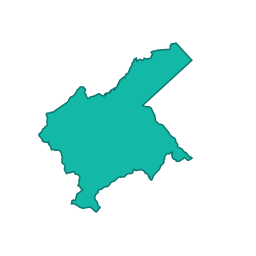 the border of North-Western, rotated 138°
{"feature_id": "ZMB-521", "entity_name": "North-Western", "entity_type": "Province", "adm_level": 1, "iso_a3": "ZMB", "parent_name": "Zambia", "parent_adm1": "", "projection": "albers", "projection_center": [25.141, -12.794], "detail": "fine", "context": "isolated", "style": "filled", "palette": "teal", "viewbox_px": 256, "rotation_deg": 138, "n_neighbors": 0, "source": "natural_earth", "source_scale": "10m", "svg_char_len": 5878}
<svg xmlns="http://www.w3.org/2000/svg" viewBox="0 0 256 256"><g transform="rotate(138 128 128)"><path d="M35.5,159.1L35.2,135.6L102.0,135.0L101.6,133.8L101.0,132.7L100.3,131.7L98.4,129.9L97.8,128.9L97.5,127.9L97.7,126.5L98.3,125.0L99.5,120.1L99.9,119.1L102.5,115.3L102.8,114.7L102.9,114.1L102.5,112.6L102.4,110.5L102.0,109.6L101.2,108.8L100.5,107.7L100.3,106.2L100.7,97.1L101.4,95.4L101.4,95.1L101.3,94.2L101.1,91.7L100.2,89.6L100.2,88.7L100.4,88.0L101.0,86.7L101.9,85.3L102.0,84.9L101.9,83.5L102.0,82.7L102.4,82.2L103.4,81.4L103.7,80.9L103.7,80.5L102.2,77.2L102.0,76.4L102.2,71.5L101.5,71.4L101.3,71.0L101.5,69.6L101.4,67.8L101.8,66.5L101.6,66.0L101.0,65.0L100.8,64.4L100.5,62.8L101.7,62.8L103.2,63.1L104.7,63.6L105.4,64.3L105.2,65.6L105.6,67.0L105.6,68.1L105.8,68.5L107.1,68.2L107.7,68.2L109.6,68.7L111.4,68.8L112.2,69.1L113.1,69.7L114.0,70.5L114.4,71.1L114.3,71.5L113.7,72.2L113.7,72.6L113.9,73.0L114.7,73.8L114.9,74.4L114.9,75.1L114.7,76.5L113.4,78.8L113.0,79.2L111.6,79.6L111.2,80.0L111.5,80.6L112.0,80.9L114.0,81.0L114.8,81.4L115.9,82.5L116.6,82.8L117.3,82.8L118.0,82.7L119.4,82.2L120.5,82.1L120.7,81.8L120.9,81.1L121.4,80.6L122.8,80.1L124.1,78.6L125.4,78.1L127.9,78.1L129.2,77.8L131.7,76.6L133.1,76.1L134.3,76.2L139.1,75.8L141.1,75.4L144.2,73.8L145.3,73.6L145.7,74.0L145.8,76.6L144.4,77.4L145.2,78.3L144.9,78.9L144.2,79.6L144.2,80.5L144.5,81.1L145.5,83.1L145.4,83.4L145.0,83.9L144.9,84.2L144.9,85.2L145.8,87.9L146.4,88.8L146.7,88.9L147.8,89.1L148.5,89.9L150.4,90.8L151.0,91.3L151.0,91.8L150.7,92.7L150.9,93.1L151.4,93.4L152.1,93.3L152.8,92.8L153.6,92.6L153.8,91.9L154.1,91.7L155.6,91.8L156.8,92.5L157.8,93.5L159.1,94.2L159.7,94.3L161.6,94.3L162.0,94.3L162.9,93.9L163.2,94.0L165.3,95.7L166.0,96.0L166.5,96.4L167.0,97.4L167.5,97.7L173.7,97.7L174.4,98.0L175.8,98.8L177.0,98.7L177.7,99.0L178.1,99.0L179.4,98.3L180.7,98.1L181.9,98.1L182.7,98.3L184.4,99.7L185.6,100.1L188.3,100.3L189.5,100.6L190.7,101.4L191.3,101.7L192.0,101.5L192.5,101.1L192.9,100.5L193.4,100.1L195.8,100.2L197.2,99.9L198.5,99.2L199.6,98.1L200.3,96.8L200.4,94.0L200.8,92.6L202.1,90.9L202.2,90.0L201.8,88.6L201.8,87.9L202.2,87.4L203.6,87.5L204.8,87.1L206.3,87.0L207.4,86.6L208.0,87.4L208.3,89.0L208.5,90.6L208.4,91.8L209.2,94.7L215.3,98.6L216.9,101.4L217.0,102.7L218.6,107.4L219.1,108.1L220.8,109.6L219.3,110.6L218.7,110.9L218.2,111.5L217.7,111.3L216.8,111.1L216.7,110.9L216.7,110.5L215.5,109.6L215.0,109.7L213.8,110.6L213.2,110.8L212.5,111.5L211.4,112.1L210.8,112.8L210.4,113.0L206.3,112.5L204.9,112.7L203.0,112.5L203.4,114.3L203.4,115.4L203.1,116.1L203.1,116.9L203.4,118.1L203.8,118.7L203.4,118.9L202.1,119.1L201.5,119.4L199.4,122.1L198.8,122.4L197.9,122.6L197.4,122.8L196.8,123.6L196.4,125.4L196.0,126.2L196.1,126.5L196.7,127.1L196.9,127.6L197.9,128.6L198.1,129.0L197.9,129.5L197.2,130.9L197.2,131.2L197.3,131.4L198.2,132.0L198.8,132.6L199.7,133.0L200.3,133.4L201.2,133.5L201.4,133.6L201.8,134.2L202.2,134.4L202.4,134.9L202.6,135.0L203.7,135.0L204.2,135.2L203.3,139.0L203.1,139.5L202.5,140.3L200.4,141.6L199.9,142.3L199.8,143.4L199.9,143.9L200.2,144.7L200.4,145.6L200.1,146.5L199.4,147.5L198.7,147.9L198.4,148.1L197.9,149.2L196.3,150.0L196.1,150.4L195.6,152.3L194.7,153.3L194.1,154.7L194.0,156.9L194.3,158.0L194.9,158.6L196.6,159.7L197.2,160.5L197.4,161.4L197.8,161.9L199.2,162.7L199.4,163.0L199.3,163.6L198.3,165.3L198.0,166.0L197.9,166.9L197.8,169.4L197.3,169.7L196.3,170.0L196.2,170.3L196.4,170.6L197.6,171.3L198.0,171.6L199.6,173.7L200.1,174.8L200.2,175.5L200.1,176.2L199.2,177.6L199.3,181.7L199.1,182.3L198.4,182.9L194.3,183.1L193.8,183.3L192.7,184.0L192.1,184.2L189.4,184.0L189.0,184.1L188.8,184.4L188.6,184.5L188.2,184.4L187.2,184.0L186.7,184.0L186.1,184.2L185.4,184.9L184.0,187.0L181.9,188.6L180.6,190.2L180.2,190.9L180.0,192.6L178.8,193.1L178.5,193.2L178.2,193.1L177.5,192.3L176.0,191.6L175.2,191.4L174.4,191.1L173.6,190.0L155.4,187.7L154.3,187.8L153.0,188.7L152.2,188.7L150.9,189.2L149.5,189.3L148.9,188.9L148.0,188.6L145.4,188.4L144.3,188.9L142.9,189.2L141.3,189.9L140.0,190.2L138.1,190.1L136.6,190.4L135.9,190.3L135.1,189.8L133.9,188.3L133.7,187.6L133.9,186.5L133.8,185.2L134.1,184.7L136.0,183.9L136.7,183.1L136.8,181.5L137.0,180.7L137.7,179.5L137.9,178.7L137.9,177.2L137.7,176.7L137.1,176.1L136.9,176.0L135.6,176.3L135.3,176.2L131.0,174.1L128.6,173.6L126.6,172.9L126.0,171.8L126.0,170.4L125.6,169.3L124.0,167.5L123.7,167.5L123.0,167.8L122.8,168.1L122.7,168.8L122.4,168.8L122.3,168.7L122.4,167.7L121.6,167.5L121.6,168.3L121.4,168.5L120.7,168.3L120.3,168.3L119.9,167.6L119.2,167.2L118.2,166.1L117.7,166.5L117.4,166.6L117.7,167.1L116.4,167.3L116.0,167.6L115.8,167.6L115.4,167.0L115.0,167.4L114.6,167.4L113.1,166.9L112.9,166.7L112.9,166.1L112.7,165.7L112.3,165.3L112.0,165.2L111.9,165.5L111.6,165.9L111.6,166.1L112.0,166.5L112.0,166.8L111.1,166.7L109.7,165.7L109.4,165.7L108.5,166.1L108.1,166.5L107.2,166.5L106.8,167.1L106.2,167.4L105.8,167.4L105.3,167.1L105.0,167.1L104.8,167.3L104.4,168.1L104.2,168.2L103.7,167.8L102.6,168.7L101.8,169.0L101.4,168.9L100.4,168.5L99.1,168.9L98.0,168.6L97.3,168.6L96.8,168.5L96.6,168.1L96.6,167.4L96.2,167.6L95.5,168.4L94.4,168.7L93.3,169.4L92.7,169.2L92.2,168.8L91.7,168.6L91.1,168.8L90.0,169.4L88.7,169.8L86.9,171.0L83.6,171.9L82.6,172.4L81.3,173.6L80.9,173.7L79.8,173.6L79.3,173.7L78.4,174.5L77.9,174.8L76.6,174.8L76.7,174.2L76.6,173.8L75.2,174.3L75.4,173.6L76.7,171.7L76.3,171.5L73.8,171.3L73.3,171.1L73.0,170.9L72.7,170.3L72.4,168.8L71.9,168.4L71.1,168.4L70.1,168.8L69.5,168.9L69.2,168.9L68.9,168.5L68.6,167.7L68.0,166.9L65.1,165.1L64.3,164.7L63.8,164.7L62.7,165.8L60.8,166.0L60.7,166.3L60.2,168.4L60.0,168.8L59.6,168.9L59.2,168.8L58.2,168.2L57.0,167.9L56.6,167.1L56.3,166.8L55.7,166.6L55.4,166.4L54.0,166.2L53.2,165.7L52.6,164.7L50.4,163.4L45.5,159.4L44.4,158.7L43.8,158.6L43.4,158.6L43.2,158.8L42.7,159.6L42.0,160.1L41.7,160.7L40.6,161.2L40.1,161.3L39.0,161.2L37.1,159.7L36.1,159.2L35.5,159.1Z" fill="#14b8a6" stroke="#0f766e" stroke-width="1.5"/></g></svg>